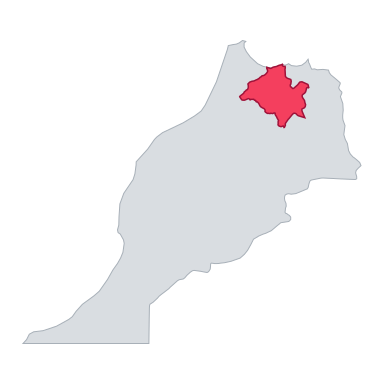 Taza - Al Hoceima - Taounate on a map of Morocco (Equal Earth projection)
{"feature_id": "MAR-1447", "entity_name": "Taza - Al Hoceima - Taounate", "entity_type": "Region", "adm_level": 1, "iso_a3": "MAR", "parent_name": "Morocco", "parent_adm1": "", "projection": "equal_earth", "projection_center": [-4.152, 34.39], "detail": "fine", "context": "in_parent", "style": "filled", "palette": "rose", "viewbox_px": 384, "rotation_deg": 0, "n_neighbors": 0, "source": "natural_earth", "source_scale": "10m", "svg_char_len": 4660}
<svg xmlns="http://www.w3.org/2000/svg" viewBox="0 0 384 384"><path d="M26.6,339.6L29.3,334.2L33.7,331.8L42.9,330.7L56.5,326.2L68.8,319.4L72.3,316.7L76.1,311.3L82.4,304.3L93.9,295.9L99.3,291.2L107.5,279.5L113.0,269.8L117.5,263.5L120.6,258.0L122.9,252.4L124.2,243.4L123.5,239.9L120.3,234.1L118.1,232.6L117.5,229.9L118.8,225.1L119.0,216.9L119.9,203.9L123.8,193.3L133.1,179.6L134.9,173.9L136.1,164.9L136.2,161.8L147.7,149.1L154.5,139.4L156.8,137.0L162.6,132.6L183.0,122.9L194.5,116.0L201.2,111.0L205.2,105.1L216.4,81.9L227.4,49.4L228.3,45.6L233.0,44.6L236.4,44.1L239.2,42.9L242.5,40.5L245.8,41.4L244.1,43.1L244.1,47.1L246.4,51.7L250.3,57.0L257.6,63.7L263.2,66.4L271.3,68.0L280.7,65.1L286.0,65.0L288.6,63.7L291.4,65.6L296.7,66.2L301.8,65.2L305.6,62.4L308.1,59.2L308.5,60.8L308.6,62.5L309.3,63.5L310.9,67.6L311.7,69.2L314.6,68.9L317.2,69.8L323.0,69.4L328.5,70.1L329.3,72.7L330.9,74.9L336.7,79.7L340.1,82.7L340.2,83.8L339.2,86.2L338.7,87.9L339.6,89.8L341.8,92.0L341.9,93.0L341.4,94.2L340.4,96.6L342.8,103.5L343.2,110.2L342.7,115.0L342.7,117.8L343.0,120.1L345.0,125.6L343.8,134.6L345.3,139.5L347.4,143.5L348.6,150.6L350.3,154.0L353.0,157.0L354.5,158.0L357.5,160.5L359.7,162.5L361.0,165.6L358.3,168.1L356.2,170.4L355.6,172.8L356.7,176.7L356.7,178.8L355.3,179.5L349.8,179.3L345.4,179.1L340.4,178.9L333.4,178.5L329.0,178.3L323.0,178.0L321.0,178.1L315.5,179.2L311.6,180.0L311.0,180.2L309.8,181.2L308.9,184.0L308.2,187.3L307.4,188.8L295.8,193.6L291.2,194.2L288.6,193.7L286.7,194.1L285.1,195.1L284.6,196.7L284.5,198.6L284.8,200.6L286.0,203.4L286.2,206.2L285.5,208.1L285.3,210.1L285.0,212.2L285.6,213.3L286.7,213.5L287.8,214.5L289.4,215.4L290.7,217.1L290.7,219.5L289.6,220.8L288.6,221.5L284.2,222.2L280.8,222.7L276.2,226.5L271.4,230.6L265.7,233.3L263.2,234.1L258.8,236.0L253.5,239.2L250.9,244.4L247.6,250.3L244.4,254.3L240.1,258.1L236.1,259.5L231.0,261.3L224.6,262.7L220.1,263.2L218.7,263.5L214.8,263.6L212.8,263.3L211.4,263.1L210.8,263.5L210.6,264.5L210.5,266.6L210.2,269.1L208.9,271.2L208.0,272.1L207.0,272.5L203.6,271.9L200.8,271.3L194.2,270.4L192.9,270.6L192.4,270.8L190.3,272.2L187.0,275.2L184.8,277.8L183.2,279.0L179.3,279.7L177.6,280.6L170.3,287.1L168.8,288.7L161.3,294.4L159.1,296.2L157.5,298.1L153.0,302.3L150.1,304.1L149.6,305.2L149.4,307.8L149.3,313.5L149.2,318.9L149.1,326.8L149.0,334.8L148.9,343.5L23.0,343.5L26.6,339.6Z" fill="#d9dde1" stroke="#a8b0b8" stroke-width="1"/><path d="M266.8,67.3L270.1,68.3L270.8,68.4L271.4,68.2L273.0,67.2L276.7,66.4L279.0,65.3L281.3,64.8L282.4,64.2L282.7,64.6L282.6,64.8L282.3,64.9L282.2,65.0L282.3,65.3L282.5,65.5L282.9,66.1L283.3,66.3L283.8,66.4L284.6,66.4L285.1,66.4L285.1,66.6L285.3,67.9L285.0,69.2L285.4,76.3L286.2,77.4L287.6,78.4L288.7,78.7L290.8,79.5L291.2,81.1L291.1,82.1L290.9,83.2L290.9,84.0L290.4,84.5L290.2,85.2L290.3,85.9L290.5,86.7L291.3,87.1L292.6,88.5L293.6,88.4L297.5,85.0L298.5,83.8L299.1,82.9L300.0,82.0L302.0,81.8L307.8,84.4L308.2,85.1L308.4,86.0L308.5,86.7L308.8,87.4L308.5,87.8L308.1,87.7L307.4,87.6L306.8,87.8L306.4,88.4L306.4,89.0L305.7,91.5L305.6,91.9L305.5,92.0L305.2,92.2L305.1,92.4L305.0,92.7L304.8,93.0L302.8,94.5L302.4,94.9L302.2,95.4L302.2,95.7L302.2,96.7L302.8,98.0L304.5,100.5L304.9,102.6L305.6,104.6L305.3,106.4L304.5,107.7L302.0,109.0L301.8,110.0L302.3,111.8L304.8,117.7L298.2,115.7L297.2,115.0L296.6,114.3L296.0,113.7L295.0,113.3L294.0,113.2L292.9,113.9L291.9,115.0L288.7,118.9L288.2,119.3L287.9,119.8L285.8,122.8L285.4,123.5L285.3,124.4L285.4,125.3L284.4,127.4L284.0,127.5L283.8,126.9L283.4,126.1L282.8,126.1L281.0,126.7L280.2,126.4L279.5,126.2L278.9,125.9L278.3,125.4L278.0,124.4L278.2,123.4L278.1,121.9L278.5,120.4L277.3,118.4L276.6,116.8L275.2,114.6L275.1,113.8L275.2,113.3L274.7,113.0L273.6,113.1L272.7,113.6L271.2,113.3L270.5,113.3L270.1,113.6L268.1,113.3L267.3,113.4L265.7,112.3L265.0,111.6L265.1,110.7L264.9,109.6L264.0,108.6L262.5,107.9L260.6,106.7L259.8,105.6L259.0,103.9L258.3,102.9L257.3,101.9L256.4,101.9L256.0,101.5L255.9,101.3L255.7,100.9L255.8,100.7L255.4,100.3L254.8,100.3L254.6,100.3L254.2,100.0L254.0,99.6L253.8,99.3L253.3,99.3L251.1,99.4L250.8,99.3L250.6,99.4L250.1,99.9L249.9,99.7L249.3,98.9L248.8,98.7L248.3,98.6L247.8,98.8L245.3,99.9L244.3,100.2L242.6,100.1L242.1,100.0L241.6,99.7L240.3,97.7L240.0,97.4L239.9,97.0L239.7,96.5L240.3,95.9L243.6,93.3L244.3,91.9L245.8,90.7L246.3,90.0L247.2,89.7L247.7,89.1L248.1,88.2L248.3,87.1L248.2,85.2L247.9,84.0L249.6,82.2L251.8,81.3L253.8,81.0L255.2,80.4L256.3,79.8L257.7,79.4L258.3,78.7L258.9,78.6L260.0,77.4L261.3,76.6L261.7,76.1L262.2,75.7L262.7,75.7L263.6,75.5L264.5,75.1L265.6,74.2L266.6,73.1L267.4,72.0L267.7,71.0L267.4,70.1L267.3,69.2L266.8,68.8L266.8,67.5L266.8,67.3Z" fill="#f43f5e" stroke="#9f1239" stroke-width="1.5"/></svg>